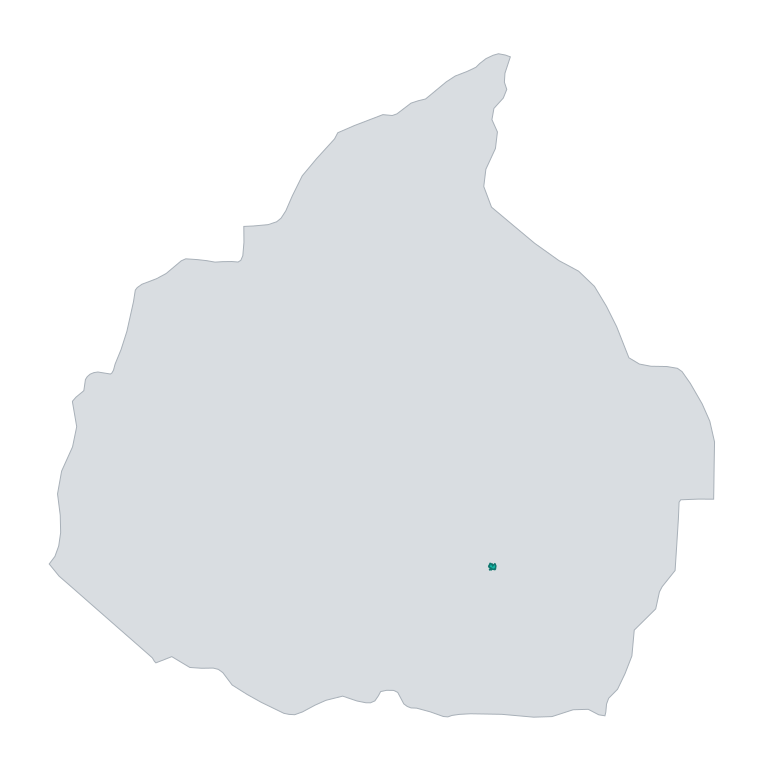 location of Ruwa, Mashonaland East, Zimbabwe, rotated 91°
{"feature_id": "62879985B71976011533530", "entity_name": "Ruwa", "entity_type": "district", "adm_level": 2, "iso_a3": "ZWE", "parent_name": "Zimbabwe", "parent_adm1": "Mashonaland East", "projection": "robinson", "projection_center": [31.224, -17.887], "detail": "fine", "context": "in_parent", "style": "filled", "palette": "teal", "viewbox_px": 768, "rotation_deg": 91, "n_neighbors": 0, "source": "geoboundaries", "source_scale": "gbopen_adm2", "svg_char_len": 2865}
<svg xmlns="http://www.w3.org/2000/svg" viewBox="0 0 768 768"><g transform="rotate(91 384 384)"><path d="M569.8,715.6L562.1,710.0L551.6,706.4L538.3,704.7L520.9,705.4L499.6,708.5L476.7,704.8L452.3,694.3L432.0,690.5L407.8,695.1L406.7,695.2L402.5,691.7L395.9,684.0L384.8,682.6L381.8,680.8L379.3,678.0L377.7,674.3L377.0,670.3L378.8,657.7L377.8,656.3L374.9,654.7L368.8,653.2L354.2,647.5L335.9,642.0L306.1,635.9L294.5,634.3L291.9,632.4L288.5,627.8L282.7,613.3L277.3,603.7L264.4,588.9L262.3,584.4L262.9,572.6L263.8,563.2L265.1,555.1L264.5,547.6L264.2,538.3L264.6,532.0L262.8,529.3L258.2,527.4L244.9,526.5L228.9,526.9L228.3,517.4L226.7,502.7L223.7,494.2L220.0,489.8L212.6,485.2L197.6,479.0L177.3,469.4L159.8,455.3L139.8,437.7L133.6,434.6L126.1,418.1L114.7,389.8L115.4,380.4L113.7,375.8L102.7,361.9L100.2,354.7L98.3,347.4L80.8,327.0L74.8,318.1L70.2,306.7L65.7,297.6L61.9,293.9L56.9,287.7L53.4,280.6L51.8,275.3L53.0,268.3L54.7,263.4L71.2,268.5L80.2,268.9L87.3,266.4L96.0,269.7L106.5,278.9L117.8,280.7L130.0,275.0L146.6,276.7L167.5,285.9L184.8,287.7L205.3,279.6L223.6,257.0L240.7,235.8L257.6,211.2L267.8,191.4L282.7,175.3L302.5,162.9L322.6,152.4L353.5,139.6L359.6,129.0L361.6,117.4L361.6,101.4L363.2,90.9L366.4,86.2L371.5,82.5L378.1,77.7L398.4,65.5L415.5,57.6L436.2,52.5L459.0,52.5L480.9,52.4L493.4,52.4L493.6,67.8L494.6,85.3L497.0,86.9L513.5,87.3L539.9,88.5L565.4,89.7L581.7,102.3L587.1,105.0L604.1,108.4L625.7,129.5L651.6,131.4L669.5,138.0L685.2,145.2L694.3,153.9L700.1,155.9L708.1,156.5L711.9,157.3L711.0,163.5L705.7,174.1L706.4,189.2L713.6,210.2L714.5,228.5L712.2,260.6L712.2,291.8L713.0,302.9L714.2,310.3L715.7,314.3L715.4,318.9L711.0,332.0L707.5,345.8L707.4,351.3L706.0,355.1L703.5,358.6L692.1,364.9L690.2,368.9L690.2,376.0L691.6,382.0L695.9,384.2L701.0,387.6L703.0,392.0L703.0,396.7L701.4,405.5L696.8,419.9L701.3,436.6L706.3,447.3L713.3,459.8L716.2,467.5L716.0,473.1L715.0,478.4L704.4,501.2L696.8,515.4L687.6,530.6L675.4,540.1L672.2,544.7L671.0,549.9L671.4,561.3L670.8,573.2L660.3,591.4L666.8,607.2L665.3,608.7L661.8,610.9L646.8,628.6L631.6,646.6L620.5,659.7L607.9,674.6L593.8,691.2L581.8,705.5L569.8,715.6Z" fill="#d9dde1" stroke="#a8b0b8" stroke-width="1"/><path d="M561.6,274.8L563.2,275.5L563.3,275.2L564.2,275.5L563.9,275.8L564.0,276.0L564.4,276.1L564.5,276.0L565.0,275.9L565.3,275.7L565.7,275.4L565.9,275.0L565.7,274.9L566.0,273.9L566.4,273.7L566.8,273.6L566.8,273.8L567.7,275.1L568.1,274.8L567.3,273.8L567.7,273.3L566.8,273.0L567.3,272.1L567.3,271.8L567.3,271.7L567.6,270.2L567.0,270.2L567.1,269.4L566.6,269.3L566.3,269.3L564.0,269.0L562.0,269.8L562.0,270.0L561.9,270.1L562.1,270.3L562.6,270.8L562.8,271.1L563.6,271.8L563.1,271.8L563.3,272.4L563.3,272.5L563.2,272.6L562.7,272.5L562.4,272.7L562.4,272.8L562.1,272.8L562.1,273.0L562.2,273.5L561.8,273.9L561.6,274.2L561.6,274.3L561.7,274.5L561.6,274.8Z" fill="#14b8a6" stroke="#0f766e" stroke-width="1.5"/></g></svg>